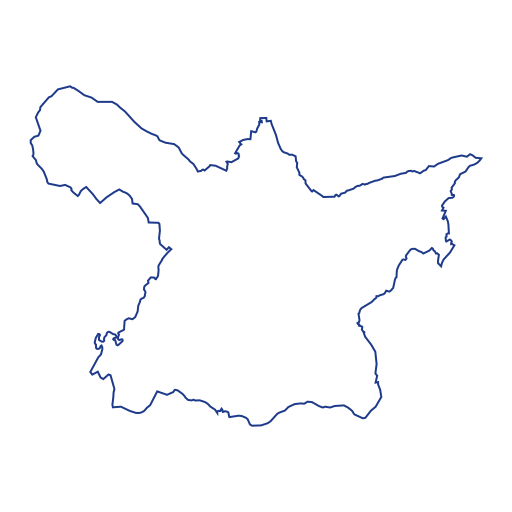 Cristuru Secuiesc, Harghita, Romania (Mercator projection)
{"feature_id": "2599482B57378647357474", "entity_name": "Cristuru Secuiesc", "entity_type": "district", "adm_level": 2, "iso_a3": "ROU", "parent_name": "Romania", "parent_adm1": "Harghita", "projection": "mercator", "projection_center": [25.043, 46.281], "detail": "fine", "context": "isolated", "style": "outline", "palette": "blue", "viewbox_px": 512, "rotation_deg": 0, "n_neighbors": 0, "source": "geoboundaries", "source_scale": "gbopen_adm2", "svg_char_len": 6057}
<svg xmlns="http://www.w3.org/2000/svg" viewBox="0 0 512 512"><path d="M481.3,158.3L475.7,157.8L472.5,155.3L470.1,154.2L466.9,156.7L461.6,155.5L453.9,157.2L451.2,157.9L448.0,160.1L438.0,163.8L434.1,166.5L428.9,166.1L425.7,170.1L423.7,170.7L420.1,173.3L414.2,171.0L412.3,171.4L411.1,170.8L408.6,171.0L407.3,171.6L405.9,172.9L400.6,173.8L394.9,176.0L383.6,177.6L382.5,178.2L382.2,178.7L377.1,180.5L375.2,180.7L369.7,182.7L367.1,184.0L366.0,184.0L365.0,184.6L362.6,183.9L359.6,185.8L357.4,185.9L354.9,187.4L353.7,188.6L347.8,190.6L346.8,190.7L345.2,192.6L341.1,193.7L339.5,195.9L338.7,196.4L336.4,194.7L335.6,194.9L334.5,196.7L323.2,197.0L322.4,196.1L313.5,190.1L312.1,191.5L311.5,191.1L305.6,183.5L305.4,180.2L303.8,179.2L303.3,177.9L302.1,176.5L299.4,174.9L299.4,172.7L296.8,167.3L297.2,162.9L296.1,161.2L295.6,156.3L292.2,154.7L289.4,154.8L287.7,153.6L283.7,152.2L282.2,151.1L280.7,148.9L278.1,142.9L275.9,134.8L271.6,124.0L270.8,120.8L266.7,121.4L266.3,118.0L260.3,118.1L260.1,120.8L261.6,120.8L261.8,122.3L259.2,122.0L259.3,124.6L257.1,128.7L256.3,131.7L255.4,132.3L251.2,131.2L250.4,139.2L247.4,139.1L243.0,140.0L239.2,142.0L241.3,144.4L239.7,145.4L235.1,153.3L235.7,153.6L237.7,153.1L238.7,154.0L238.7,155.7L239.1,156.1L238.3,158.4L231.4,162.2L227.5,161.5L226.5,161.7L227.8,164.0L227.1,166.6L227.2,168.3L226.3,170.7L215.5,165.7L210.2,165.1L209.6,166.2L204.6,170.5L203.2,169.6L202.4,169.7L201.1,170.9L197.8,171.5L196.5,168.8L193.5,164.1L189.8,161.2L188.7,159.6L182.8,154.5L181.6,153.1L178.9,147.8L177.3,146.4L174.1,144.1L165.5,142.7L160.0,140.5L159.2,139.8L157.4,136.3L155.7,135.3L151.8,133.9L147.1,131.6L141.5,128.4L134.2,121.7L124.9,111.4L120.2,107.7L116.9,104.5L112.1,101.9L97.7,101.9L91.6,97.6L84.3,95.2L78.1,90.7L73.5,87.8L72.2,87.8L70.2,86.3L57.9,89.4L51.4,96.3L48.9,97.3L40.4,107.1L40.0,110.1L38.0,112.7L35.8,117.3L40.5,130.7L38.4,135.6L34.3,136.8L30.7,140.2L30.7,143.0L32.3,145.5L33.1,149.5L33.5,153.3L33.3,154.8L32.6,156.1L35.9,160.1L36.7,163.2L37.6,164.6L41.6,168.6L43.7,171.5L46.7,179.0L47.4,182.2L48.5,183.6L60.1,186.0L65.1,184.9L70.5,187.4L71.5,188.7L71.3,190.2L73.6,192.7L77.8,196.0L79.0,194.7L80.8,191.1L82.8,189.2L86.2,187.0L92.7,194.0L96.4,199.0L100.1,203.0L106.6,197.3L114.3,192.1L118.8,189.7L119.3,189.5L123.3,191.9L125.2,192.5L127.3,193.6L129.5,195.5L132.0,198.9L132.6,203.5L137.8,204.2L139.8,206.3L147.8,217.8L148.7,222.5L158.5,222.8L159.4,223.9L159.9,230.6L159.0,238.7L159.7,240.8L159.7,242.4L160.1,244.0L166.6,249.8L168.9,247.2L171.3,249.2L167.9,252.4L164.1,256.7L162.1,259.4L162.2,259.7L158.6,265.5L158.3,267.6L158.6,269.5L158.3,273.5L158.0,275.7L157.1,277.6L156.4,278.1L155.9,279.2L155.4,279.1L154.2,277.6L150.8,277.4L148.0,280.7L148.5,282.9L144.9,285.8L144.2,287.0L144.0,289.6L145.1,291.1L145.5,292.7L145.0,294.1L144.8,296.1L143.7,297.8L141.6,298.6L140.4,299.7L140.0,301.7L138.3,305.6L137.6,311.6L135.2,317.1L132.5,319.2L128.7,318.3L126.3,319.5L124.6,320.9L124.0,329.7L118.4,332.6L118.2,333.5L119.0,334.6L117.9,337.6L118.1,339.1L119.2,340.1L121.3,339.3L122.4,339.5L122.7,340.5L122.3,341.3L118.4,344.9L117.5,345.3L116.5,344.7L115.2,340.2L113.8,339.9L113.2,339.3L113.6,338.4L114.6,337.9L115.9,337.8L116.3,337.1L116.2,335.8L115.2,334.5L113.1,334.1L109.6,331.9L108.3,331.8L107.1,332.7L106.6,333.8L106.5,335.0L104.4,337.3L104.0,338.9L104.2,340.7L103.4,341.6L101.8,341.7L99.0,339.9L99.0,337.1L100.0,335.0L99.1,334.0L98.2,333.9L95.8,337.9L94.7,342.5L95.1,343.7L95.9,344.5L96.1,348.0L96.9,348.8L98.3,348.9L99.7,348.3L100.7,346.0L101.5,345.5L102.2,346.9L102.4,348.9L101.0,354.4L98.3,357.3L90.3,372.0L92.3,374.6L97.8,371.7L100.6,377.5L103.3,379.1L108.5,374.5L110.5,375.2L114.4,388.9L113.6,392.3L113.3,397.2L112.4,404.8L112.9,407.3L120.9,406.7L130.0,411.0L135.9,412.9L139.0,413.0L141.8,412.3L144.3,410.8L146.8,407.9L150.2,405.1L157.2,391.4L167.0,394.8L173.2,392.1L174.7,389.9L175.3,389.8L177.7,390.4L182.4,393.8L184.4,395.9L185.5,397.6L188.0,399.9L191.7,400.4L193.6,399.7L195.2,400.5L199.6,400.3L204.9,402.0L207.6,403.7L210.4,406.6L215.1,409.7L217.3,413.0L217.3,411.3L218.3,410.9L220.2,411.0L221.5,408.7L222.5,410.0L222.5,411.3L222.9,412.0L225.2,411.2L227.9,412.0L228.4,412.7L229.2,416.8L229.4,417.1L238.4,415.7L241.7,416.0L246.0,417.8L247.7,419.3L250.0,424.5L252.1,425.7L261.1,425.4L267.7,423.2L270.5,421.3L277.2,413.9L278.9,412.8L285.0,410.5L288.4,407.0L294.7,404.1L300.8,403.4L304.2,403.7L307.6,401.7L312.0,402.1L319.0,406.1L322.8,407.5L325.1,406.7L330.1,407.5L334.7,406.0L343.9,405.4L347.9,407.5L350.5,409.5L352.4,411.2L353.7,413.5L354.6,414.5L362.8,418.3L365.4,417.8L371.0,410.6L375.6,406.8L381.3,397.0L380.2,389.9L378.1,384.4L378.1,382.1L375.6,382.6L377.2,375.7L375.4,373.5L376.6,364.0L375.3,351.7L371.0,344.4L365.1,336.7L363.8,332.9L364.3,332.5L364.3,332.0L363.3,331.7L361.9,329.6L362.3,327.0L361.7,326.4L359.1,325.7L359.4,325.0L357.8,323.9L357.5,323.1L358.8,322.7L358.7,321.9L359.3,321.2L359.5,320.1L358.5,313.7L359.2,313.1L360.0,310.2L361.5,308.1L371.7,302.0L374.3,299.3L376.2,297.8L376.5,296.1L378.0,296.3L379.8,295.3L383.5,294.2L384.8,293.2L386.2,290.7L389.4,291.6L390.7,290.7L393.2,287.9L395.0,279.5L395.6,278.0L396.5,277.2L396.8,271.1L397.2,269.3L398.7,265.6L402.4,259.8L403.5,259.4L405.4,259.9L406.4,258.8L406.5,258.1L405.8,256.6L406.0,255.5L410.4,249.7L412.1,248.9L415.0,248.8L418.7,251.0L421.8,252.2L423.3,253.5L429.2,250.7L431.9,248.0L433.0,248.9L433.4,250.2L434.7,251.2L436.1,253.6L437.2,253.3L438.9,254.8L438.0,260.9L438.1,263.2L441.1,266.3L441.9,263.1L443.6,259.5L450.0,252.5L454.4,245.3L452.2,244.0L451.2,244.2L451.1,243.2L451.8,241.7L451.3,240.6L449.9,239.5L446.3,241.5L445.9,240.6L445.6,238.1L445.8,237.1L446.6,236.5L446.4,234.3L448.1,233.3L448.9,233.4L448.4,224.4L447.8,221.2L445.9,216.6L443.6,219.2L442.5,218.5L445.8,210.8L442.0,210.5L443.5,207.7L442.1,206.6L442.1,205.5L444.7,201.6L448.0,198.6L448.6,198.1L452.2,197.8L453.7,196.8L454.1,195.5L453.9,195.0L451.8,194.9L451.8,193.9L450.7,191.1L451.9,189.4L451.6,187.7L454.9,183.2L454.8,181.9L455.7,180.3L458.8,177.5L460.1,174.2L465.6,171.5L468.6,167.0L470.0,165.8L474.3,164.5L477.2,162.9L479.6,160.6L481.3,158.3Z" fill="none" stroke="#1e3a8a" stroke-width="2"/></svg>